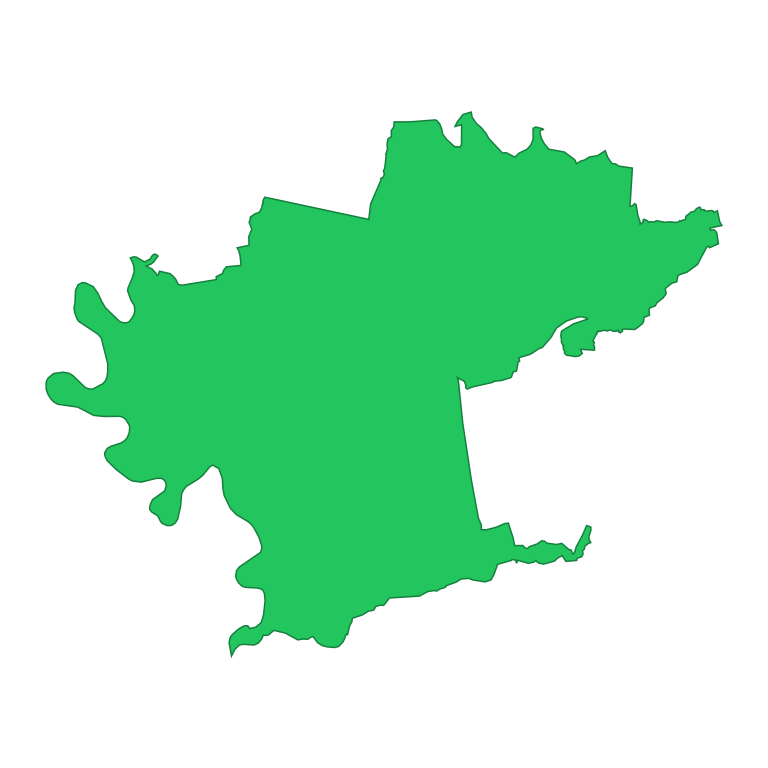 the district of Icusesti, Neamt, Romania
{"feature_id": "2599482B97507764985483", "entity_name": "Icusesti", "entity_type": "district", "adm_level": 2, "iso_a3": "ROU", "parent_name": "Romania", "parent_adm1": "Neamt", "projection": "albers", "projection_center": [26.969, 46.799], "detail": "fine", "context": "isolated", "style": "filled", "palette": "green", "viewbox_px": 768, "rotation_deg": 0, "n_neighbors": 0, "source": "geoboundaries", "source_scale": "gbopen_adm2", "svg_char_len": 6103}
<svg xmlns="http://www.w3.org/2000/svg" viewBox="0 0 768 768"><path d="M231.5,656.0L234.9,649.3L239.4,645.0L243.3,644.3L254.1,645.0L258.3,643.1L261.6,639.2L263.2,635.2L267.1,635.4L269.0,634.6L273.8,630.4L285.2,633.0L297.8,639.9L303.1,639.0L307.7,639.3L311.2,637.0L313.3,636.8L317.5,642.6L322.2,645.6L327.3,646.9L334.8,647.5L338.6,646.5L342.9,642.0L344.7,638.6L345.2,636.3L346.9,633.9L347.6,634.5L349.7,625.7L351.9,621.6L352.3,618.3L362.6,614.8L368.4,611.1L372.9,610.4L374.1,609.7L375.6,606.6L379.9,605.2L383.7,605.4L389.5,598.0L419.4,596.1L427.8,591.6L433.6,590.6L436.8,591.0L440.0,589.0L444.1,587.8L446.0,586.7L446.1,585.7L456.0,582.2L461.1,579.0L468.8,578.4L473.1,580.0L485.1,581.9L491.0,579.9L493.7,575.1L497.7,564.3L511.4,560.4L512.0,559.5L515.7,560.1L516.3,562.6L516.8,562.7L517.6,560.3L528.4,563.3L533.9,562.2L535.6,560.7L539.0,563.2L543.7,564.1L554.5,561.1L557.5,558.1L562.2,555.7L565.9,561.4L576.7,560.4L576.7,559.0L577.4,558.2L581.8,556.7L583.1,553.9L582.5,551.0L584.4,549.1L584.7,546.4L588.4,543.4L590.8,542.6L589.3,539.8L588.8,536.8L590.8,530.8L590.9,527.1L586.7,525.5L582.4,535.3L576.1,547.1L574.8,551.9L573.2,554.1L572.4,553.5L571.1,549.9L569.0,549.6L561.8,543.4L556.5,544.5L547.0,543.2L544.4,541.1L541.7,540.8L537.0,544.0L529.5,546.6L527.5,548.5L525.1,548.0L522.9,545.5L514.7,545.6L513.0,537.5L508.3,523.1L504.6,523.6L496.1,527.3L486.4,529.8L481.2,529.7L481.4,525.2L478.4,518.1L471.3,479.6L462.7,422.8L458.3,380.1L457.4,377.6L464.4,381.4L465.7,384.8L465.9,388.0L467.2,389.1L472.7,386.9L492.6,382.4L494.0,381.3L501.5,380.5L510.6,377.7L511.5,376.8L513.2,371.9L516.5,371.1L518.2,361.9L519.6,361.3L519.0,357.6L528.5,354.9L531.9,353.4L539.1,348.5L542.2,347.6L551.2,337.2L556.5,328.0L566.4,321.1L577.1,317.3L581.5,316.7L587.3,318.3L587.6,319.1L573.2,324.0L561.9,330.9L561.4,331.9L560.8,335.7L561.6,340.2L561.3,341.4L562.5,344.5L563.7,345.2L563.1,345.7L563.4,348.5L563.9,350.3L565.0,351.5L564.4,352.9L566.3,355.1L575.5,356.6L579.0,356.0L582.3,353.5L580.6,349.3L594.5,350.2L594.5,346.6L593.6,345.0L594.4,342.2L592.7,341.4L596.1,334.6L596.9,334.1L596.8,332.4L598.1,331.9L598.1,330.9L600.1,331.4L604.0,330.2L607.0,331.0L610.5,329.8L612.9,331.2L616.2,331.4L618.2,330.2L618.9,332.3L620.4,332.8L622.5,331.1L622.2,329.6L623.6,329.0L634.5,329.5L636.4,328.5L642.5,323.6L643.7,321.1L643.9,317.5L649.5,315.2L649.0,308.9L650.3,307.7L655.3,305.8L656.9,302.7L663.2,297.8L666.2,293.6L665.3,289.1L665.7,288.1L671.9,283.2L676.8,281.7L677.6,276.6L679.0,274.9L686.9,272.2L697.5,264.5L706.9,246.7L708.4,246.4L709.5,247.7L718.4,243.8L716.7,232.6L714.4,229.9L710.3,230.0L709.9,228.1L721.9,225.5L719.7,221.7L717.4,210.8L713.9,212.5L713.1,211.0L711.6,210.5L706.2,211.3L704.0,209.7L701.2,209.8L700.3,207.5L699.1,207.2L696.4,208.8L694.4,211.3L691.1,212.1L685.9,216.3L685.4,219.6L682.1,220.4L681.1,221.3L679.8,220.6L678.9,221.8L675.9,222.4L669.5,221.8L665.0,222.3L656.5,220.7L654.0,222.1L650.5,221.6L648.8,222.3L646.9,220.4L643.8,219.3L643.3,219.6L642.8,222.8L640.1,224.0L640.2,222.6L637.9,215.3L636.1,204.7L634.8,203.6L631.8,206.2L630.0,206.2L632.4,168.1L618.8,166.1L615.8,164.0L611.8,163.4L607.6,157.1L605.2,150.7L597.5,155.7L589.4,157.0L584.4,160.1L581.1,160.9L576.4,163.7L575.3,160.5L573.7,158.9L564.3,152.0L548.8,149.2L544.2,143.5L541.4,138.4L539.8,132.0L540.9,130.1L543.3,129.5L542.8,128.8L535.8,127.0L533.1,128.3L533.1,139.6L530.8,144.9L527.1,149.2L519.5,152.9L514.7,157.1L506.1,152.6L502.5,153.1L488.8,138.5L486.0,133.4L481.2,127.6L476.5,123.6L472.2,117.4L471.1,112.0L462.9,114.6L457.2,122.0L455.0,126.5L461.6,124.8L461.5,144.5L460.1,147.0L454.4,146.5L446.7,139.5L442.7,134.1L441.7,128.9L439.6,123.7L437.0,120.7L435.4,119.9L409.3,121.9L394.1,121.9L393.8,126.9L391.3,130.5L391.4,136.7L388.3,138.5L387.7,140.2L387.1,143.9L387.4,149.2L385.7,154.7L386.1,155.9L384.7,168.5L383.4,170.7L384.3,173.9L383.8,175.8L383.0,177.4L380.6,178.7L381.1,179.8L370.6,204.0L368.8,219.4L264.8,197.2L263.0,200.4L263.2,202.5L262.7,202.9L263.3,203.5L262.2,204.7L261.7,208.0L259.7,211.7L258.1,212.9L255.4,213.6L250.4,217.0L251.0,217.7L250.1,218.7L250.0,220.4L249.1,222.2L251.8,229.2L248.8,236.5L249.0,245.3L237.2,247.8L238.9,251.1L240.0,255.4L241.1,265.4L226.3,266.8L223.6,270.3L222.6,273.5L216.2,276.7L216.3,279.6L182.7,285.1L179.0,284.8L178.1,284.2L175.9,279.6L173.6,276.7L169.9,273.6L159.5,271.2L158.3,275.0L157.1,275.4L156.3,273.7L152.2,269.1L146.1,265.9L151.0,264.1L153.5,262.1L158.0,256.0L155.8,254.3L153.8,254.3L152.0,255.9L150.1,259.1L144.4,261.9L136.3,257.1L133.6,256.8L130.2,258.0L132.0,261.0L133.9,266.4L134.2,271.8L132.1,278.4L128.1,287.8L127.6,290.9L131.0,300.2L134.3,305.6L134.8,310.9L134.0,314.4L132.2,317.8L129.2,321.7L126.8,322.8L123.1,322.8L119.4,321.3L105.5,307.8L101.8,301.7L97.9,293.3L93.2,286.6L84.9,282.7L82.1,282.7L78.1,284.7L75.5,290.4L75.0,303.0L74.0,307.6L74.7,312.8L77.0,318.7L78.7,321.4L98.2,334.3L101.3,338.1L107.7,363.7L107.8,370.7L107.0,376.9L105.4,380.9L102.7,383.8L92.2,389.3L88.1,388.7L85.0,387.3L72.8,375.5L69.2,373.3L63.0,372.2L53.7,373.5L48.5,377.7L46.9,380.1L46.1,382.9L46.2,389.3L47.9,394.1L50.6,398.7L53.6,401.8L57.8,404.3L77.7,407.1L93.7,415.4L104.1,416.5L119.9,416.3L123.4,417.5L126.0,419.7L129.3,425.3L129.7,427.5L129.3,432.4L127.3,437.6L124.6,440.7L120.8,443.1L111.3,446.1L107.3,448.3L104.8,452.5L104.7,454.6L105.3,457.0L107.3,460.8L116.3,469.6L128.4,478.9L132.4,481.0L141.2,482.1L156.8,478.3L161.5,478.3L164.2,480.1L165.8,482.7L166.3,485.3L164.8,490.8L152.7,499.5L150.6,503.5L149.5,507.9L149.9,509.8L151.8,512.1L157.7,515.8L160.6,521.6L162.0,523.3L166.5,525.4L169.7,525.7L172.6,524.9L175.4,522.9L177.7,519.0L180.6,506.3L181.7,493.3L184.3,488.8L186.6,486.2L198.2,479.1L202.9,475.2L209.6,467.0L212.6,465.1L218.8,468.5L222.3,478.3L222.9,488.3L224.2,495.6L230.5,508.5L236.6,514.8L247.9,521.5L251.5,524.6L253.7,527.5L259.0,537.4L261.8,546.1L261.7,548.9L260.4,552.5L239.1,567.1L236.5,570.7L235.7,576.2L236.3,578.6L238.4,582.7L242.2,586.3L245.8,587.4L257.2,588.0L261.1,589.0L263.1,590.4L264.4,593.6L265.1,600.7L263.5,615.1L261.3,622.4L255.9,627.1L249.6,628.6L247.8,625.8L244.2,625.8L239.0,628.7L232.1,634.7L230.0,638.0L229.1,642.8L231.5,656.0Z" fill="#22c55e" stroke="#15803d" stroke-width="1.5"/></svg>